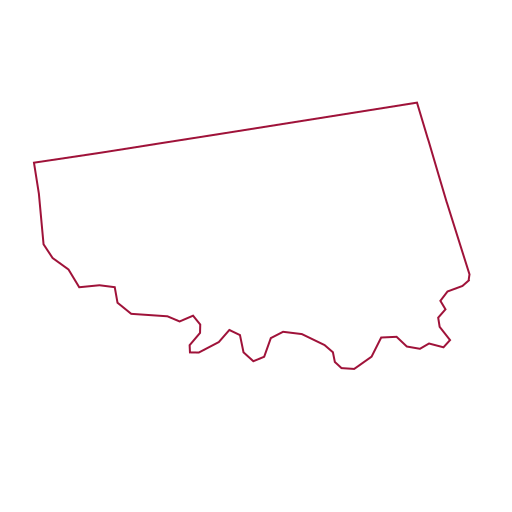 Sequoyah, Oklahoma, United States of America, rotated 351°
{"feature_id": "52423323B29352809439371", "entity_name": "Sequoyah", "entity_type": "district", "adm_level": 2, "iso_a3": "USA", "parent_name": "United States of America", "parent_adm1": "Oklahoma", "projection": "albers", "projection_center": [-94.709, 35.465], "detail": "fine", "context": "isolated", "style": "outline", "palette": "rose", "viewbox_px": 512, "rotation_deg": 351, "n_neighbors": 0, "source": "geoboundaries", "source_scale": "gbopen_adm2", "svg_char_len": 927}
<svg xmlns="http://www.w3.org/2000/svg" viewBox="0 0 512 512"><g transform="rotate(351 256 256)"><path d="M462.5,313.3L462.4,312.6L463.4,309.4L463.9,307.9L464.0,307.6L460.3,282.9L452.9,233.3L452.8,233.0L448.6,201.2L444.6,170.4L444.1,167.1L443.9,165.9L443.4,162.1L439.0,129.7L240.8,129.8L175.7,129.7L119.2,129.7L51.3,129.1L51.3,160.5L48.0,211.2L54.8,226.2L68.7,240.0L76.5,259.2L96.8,260.4L111.6,264.7L111.9,280.5L123.7,293.6L159.1,301.7L170.3,308.7L184.5,305.1L190.2,315.0L188.7,323.2L176.5,333.7L175.7,340.9L184.4,342.4L205.8,335.2L218.1,324.9L227.8,331.6L228.6,349.2L236.9,359.5L248.3,356.8L257.8,339.4L270.9,335.1L289.1,340.3L309.8,354.7L316.9,363.1L317.3,373.0L322.9,380.1L335.3,382.9L354.4,373.5L366.9,356.1L382.2,357.8L390.8,369.0L403.4,373.3L413.2,369.5L426.9,375.5L434.5,369.4L426.3,354.7L426.3,345.4L434.8,338.3L431.1,329.1L439.6,321.0L455.2,317.9L462.5,313.3Z" fill="none" stroke="#9f1239" stroke-width="2"/></g></svg>